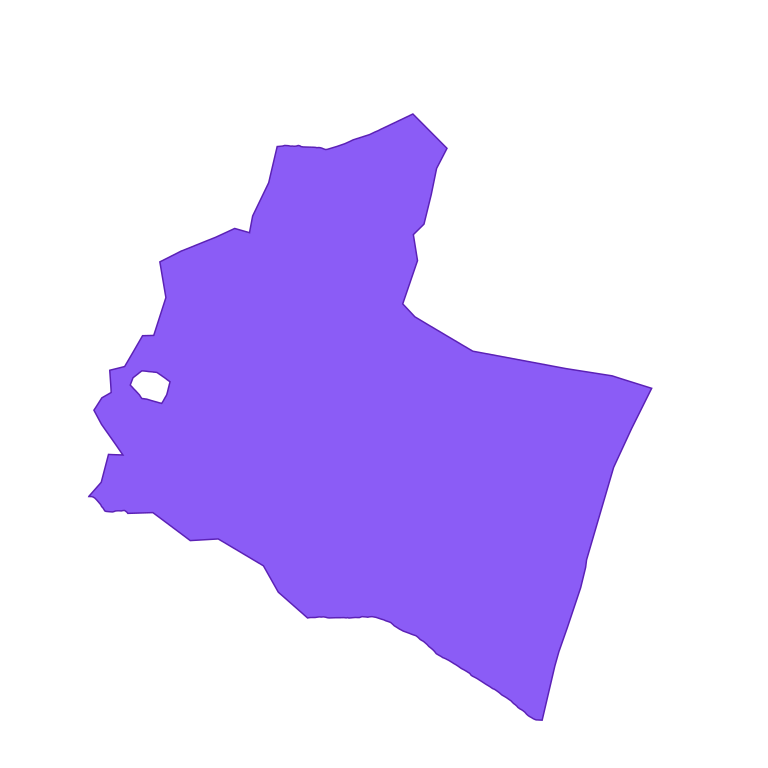 the district of Sergelen, Töv, Mongolia, rotated 290°
{"feature_id": "93677404B51496043907868", "entity_name": "Sergelen", "entity_type": "district", "adm_level": 2, "iso_a3": "MNG", "parent_name": "Mongolia", "parent_adm1": "Töv", "projection": "orthographic", "projection_center": [106.911, 47.411], "detail": "fine", "context": "isolated", "style": "filled", "palette": "violet", "viewbox_px": 768, "rotation_deg": 290, "n_neighbors": 0, "source": "geoboundaries", "source_scale": "gbopen_adm2", "svg_char_len": 5236}
<svg xmlns="http://www.w3.org/2000/svg" viewBox="0 0 768 768"><g transform="rotate(290 384 384)"><path d="M122.2,647.6L177.4,641.0L192.2,639.9L217.7,639.6L259.7,638.5L280.6,636.2L288.0,634.5L384.2,628.3L426.7,631.9L471.5,637.0L470.0,603.9L469.7,595.6L460.7,549.7L445.2,456.2L447.6,443.3L454.8,405.0L457.7,390.0L465.7,374.2L511.4,373.3L534.4,360.5L547.9,366.9L578.3,363.6L604.6,359.7L627.0,362.6L647.6,318.8L622.3,293.9L620.0,291.8L617.7,289.3L613.4,285.1L603.0,271.6L600.2,268.9L596.5,265.1L591.2,258.6L585.0,250.3L584.3,248.7L584.3,247.7L584.3,246.3L584.4,244.9L584.2,242.9L583.8,241.6L583.1,240.1L582.9,238.6L582.4,236.9L581.8,235.1L580.6,231.5L579.1,226.9L578.7,224.5L579.0,223.9L579.0,223.1L578.8,221.8L577.7,220.4L577.0,219.1L576.6,218.0L576.3,216.6L575.6,215.0L575.2,212.5L574.2,209.1L572.9,207.3L571.7,204.8L570.6,202.4L540.3,206.0L535.5,206.6L533.7,206.8L497.0,203.1L495.7,203.3L480.5,205.8L480.2,205.9L479.7,198.8L479.1,190.5L477.0,188.4L464.3,175.6L458.6,169.2L440.0,148.5L439.7,148.1L422.1,131.6L390.6,149.5L350.9,151.0L346.8,140.6L328.1,137.3L311.7,134.3L307.7,128.4L306.9,127.2L303.4,122.0L303.1,121.6L289.1,127.8L285.2,129.5L282.7,130.5L282.2,130.1L279.0,127.4L274.5,123.6L262.8,121.0L260.5,120.4L260.1,120.4L249.4,132.4L244.8,139.0L235.9,151.8L228.0,162.9L224.8,153.1L223.6,149.2L194.9,151.9L194.7,151.8L177.5,145.1L177.3,145.1L177.4,145.4L178.2,147.8L178.3,149.4L177.9,151.3L176.7,153.8L173.7,159.1L172.3,160.5L171.4,162.3L170.2,163.9L169.3,164.9L169.2,166.3L169.8,168.7L170.9,172.6L171.7,173.8L172.9,175.2L173.8,177.2L174.5,179.2L174.9,180.6L175.8,182.0L176.4,183.3L176.2,184.5L175.5,186.5L174.8,187.5L184.1,210.8L170.6,255.5L181.7,281.2L171.9,332.9L152.2,355.9L138.0,392.2L139.2,394.3L140.2,396.9L141.1,399.3L142.0,400.9L143.1,403.0L143.5,404.7L144.5,406.7L144.9,409.0L145.0,410.7L145.4,412.4L148.0,418.9L148.6,420.5L149.5,423.0L150.8,426.3L151.3,428.5L152.0,429.6L152.1,431.1L152.9,432.8L154.8,436.9L155.4,438.8L156.1,440.8L157.9,442.9L158.2,444.1L159.0,446.9L159.3,448.5L160.2,449.9L161.3,452.3L161.5,453.3L162.0,456.4L162.1,461.4L162.3,464.5L162.1,466.7L162.2,469.4L162.2,471.8L161.1,474.6L160.3,476.3L159.8,478.8L159.0,482.3L158.8,483.9L158.6,485.3L158.4,486.4L158.4,487.9L158.4,489.9L158.4,493.2L158.3,494.9L158.3,497.4L158.4,499.9L158.1,501.1L157.6,502.6L156.3,505.4L155.9,507.4L155.7,508.8L155.4,509.8L154.9,511.1L153.9,513.7L152.7,515.9L152.1,517.8L151.2,520.3L150.6,521.7L149.7,523.4L149.0,524.4L148.4,525.5L148.2,526.7L147.8,528.8L147.6,530.4L147.3,531.6L147.0,532.7L147.0,534.3L146.9,535.9L146.7,537.2L146.5,539.1L146.2,540.6L145.9,542.0L145.6,543.5L145.2,545.1L144.9,547.1L144.2,550.1L143.7,551.9L143.1,554.0L142.7,557.2L142.1,560.4L141.7,562.0L141.5,563.4L141.0,564.2L140.2,565.3L140.0,565.9L139.7,567.1L139.4,569.9L139.0,572.5L138.6,574.2L137.8,577.8L137.0,581.1L136.5,583.4L136.3,584.6L136.0,586.0L135.8,587.1L135.2,589.2L134.9,590.6L134.9,592.2L134.5,593.9L133.9,596.1L133.3,598.1L132.6,599.8L132.1,601.1L131.7,603.4L131.3,605.6L130.9,607.3L130.5,608.7L130.1,610.2L129.7,611.8L128.9,613.3L128.1,615.0L127.5,617.1L126.6,619.3L125.9,620.4L125.6,621.5L125.2,622.8L125.0,624.4L124.6,626.2L123.8,628.6L122.5,630.9L121.7,632.9L121.3,634.5L121.1,636.0L120.8,637.5L120.5,638.9L120.4,640.7L120.4,641.8L120.7,642.7L122.2,647.6ZM313.9,178.6L312.9,182.2L311.7,182.3L311.0,182.4L310.7,182.4L310.3,182.4L309.8,182.5L309.5,182.5L309.0,182.6L308.6,182.6L308.3,182.7L307.9,182.7L307.6,182.7L307.4,182.7L307.2,182.8L306.9,182.8L306.6,182.8L306.4,182.8L306.1,182.9L305.8,182.9L305.5,182.9L305.2,183.0L304.9,183.0L304.6,183.0L304.3,183.1L304.0,183.1L303.8,183.1L303.6,183.1L303.4,183.2L303.0,183.2L302.8,183.2L302.6,183.3L302.3,183.3L302.0,183.3L301.9,183.3L301.7,183.3L301.4,183.4L301.0,183.4L300.9,183.4L300.7,183.4L300.4,183.4L300.1,183.5L299.8,183.5L299.7,183.5L298.9,183.4L297.7,183.2L297.4,183.1L296.5,183.0L296.4,182.9L295.9,182.9L295.5,182.8L295.1,182.7L294.8,182.7L294.7,182.7L294.3,182.6L293.9,182.5L293.5,182.5L292.9,182.4L292.4,182.3L292.0,182.2L291.7,182.2L291.4,182.1L291.1,182.0L289.7,181.7L289.6,180.1L289.5,179.6L289.4,177.9L289.3,176.3L289.3,176.1L289.2,175.9L289.2,175.7L289.2,175.4L289.2,175.2L289.2,174.8L289.1,174.6L289.1,174.4L289.1,174.2L289.1,173.9L289.1,173.7L289.1,173.4L289.0,173.1L289.0,172.9L289.0,172.7L289.0,172.4L288.9,171.5L288.8,169.2L288.7,167.3L288.7,167.1L288.7,166.9L288.6,166.7L288.6,166.3L288.6,166.1L288.6,165.9L288.5,165.7L288.4,165.2L288.3,164.8L288.3,164.6L288.2,164.3L288.2,164.1L288.1,163.9L288.1,163.7L288.0,163.2L287.9,163.0L287.9,162.8L287.8,162.6L287.8,162.4L287.7,162.0L287.6,161.8L287.6,161.7L287.6,161.4L288.2,160.4L289.1,159.2L289.4,158.8L289.5,158.7L290.0,158.1L290.1,157.9L290.3,157.6L291.1,156.0L291.4,155.5L291.5,155.3L291.9,154.5L291.9,154.4L292.8,152.8L292.9,152.5L293.1,152.1L293.9,150.4L294.9,148.6L296.2,145.9L303.3,146.0L304.0,146.0L309.9,149.7L310.5,150.0L311.1,150.4L312.2,151.1L313.3,151.8L313.5,152.0L313.7,152.6L313.8,153.0L313.9,153.3L314.0,153.5L314.8,156.7L314.9,157.2L315.1,158.3L315.2,158.7L316.1,161.9L316.3,162.7L316.3,163.1L316.8,164.9L317.2,166.7L316.9,167.8L316.2,170.5L316.1,170.8L316.1,171.1L316.0,171.3L316.0,171.5L315.7,172.4L315.4,173.4L315.2,174.4L314.3,177.5L313.9,178.6Z" fill="#8b5cf6" stroke="#5b21b6" stroke-width="1.5"/></g></svg>